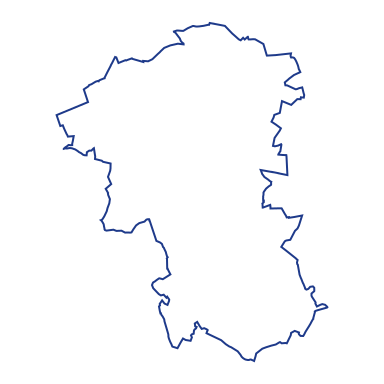 Bēnes pag., Auces, Latvia, rotated 180°
{"feature_id": "27541924B36472446612292", "entity_name": "Bēnes pag.", "entity_type": "district", "adm_level": 2, "iso_a3": "LVA", "parent_name": "Latvia", "parent_adm1": "Auces", "projection": "albers", "projection_center": [23.066, 56.462], "detail": "fine", "context": "isolated", "style": "outline", "palette": "blue", "viewbox_px": 384, "rotation_deg": 180, "n_neighbors": 0, "source": "geoboundaries", "source_scale": "gbopen_adm2", "svg_char_len": 5695}
<svg xmlns="http://www.w3.org/2000/svg" viewBox="0 0 384 384"><g transform="rotate(180 192 192)"><path d="M70.7,65.1L70.7,65.9L68.9,72.6L69.0,72.7L68.5,73.1L66.0,73.9L57.0,76.4L56.6,76.8L56.7,77.0L56.8,77.2L58.9,79.2L61.7,79.9L63.6,79.2L67.1,77.5L68.6,80.4L68.5,80.9L68.4,81.6L72.1,87.3L72.5,88.3L72.5,90.1L72.5,90.5L69.8,92.8L69.7,93.8L69.8,96.3L71.1,97.6L72.4,97.4L73.8,97.2L75.4,95.4L76.1,94.9L77.6,94.4L77.8,94.5L78.8,95.3L78.7,95.5L80.7,100.4L81.1,101.0L82.9,105.6L83.2,106.1L84.2,108.8L84.4,109.2L86.2,119.3L86.7,119.8L87.0,121.3L87.0,121.6L86.4,124.0L88.0,125.4L88.1,125.6L97.9,133.4L102.7,137.1L99.2,142.7L97.8,143.5L93.7,144.2L89.0,153.2L86.5,155.5L85.1,158.4L81.9,168.5L89.7,167.0L95.1,166.2L95.1,166.9L97.3,166.6L97.6,167.4L98.4,168.9L99.2,170.1L102.2,175.4L102.4,175.7L103.8,175.7L113.5,175.5L113.6,178.0L113.8,179.1L121.1,176.4L121.3,176.4L121.5,180.2L121.6,180.5L120.2,181.8L120.2,183.3L120.8,183.2L120.9,185.6L120.8,186.3L120.9,187.2L120.5,189.4L120.5,191.5L120.0,192.4L117.9,195.4L115.3,197.6L113.0,199.1L112.9,199.3L112.9,201.5L113.0,201.9L112.8,202.2L114.2,203.0L115.7,204.3L119.6,207.0L121.1,209.1L121.7,209.8L122.7,212.5L123.3,214.0L111.6,211.9L111.6,212.0L105.5,210.8L105.5,210.7L96.6,208.9L96.6,209.0L97.5,227.5L97.7,228.9L97.9,228.9L101.2,229.0L105.7,229.4L105.7,229.6L104.2,232.1L103.7,232.6L102.6,239.3L102.9,239.8L105.9,238.4L109.1,237.7L111.0,238.1L110.5,240.7L109.4,246.1L104.2,253.5L103.1,255.7L107.7,259.1L107.8,259.2L112.5,262.3L110.4,266.5L110.1,267.6L109.7,269.1L104.2,271.1L102.0,282.9L92.8,279.1L86.7,284.9L83.4,284.8L83.1,286.7L80.2,286.4L79.8,289.0L80.4,290.9L80.9,293.0L81.8,296.6L85.0,295.8L86.9,295.0L88.2,294.7L88.6,294.8L96.8,298.6L98.6,298.7L99.2,301.6L96.2,304.1L94.8,305.4L90.0,309.0L83.7,311.9L84.7,314.1L85.1,314.6L85.2,315.1L85.4,315.7L85.4,315.9L85.8,317.6L86.4,319.4L87.7,322.5L88.8,324.6L89.9,326.1L90.9,326.5L91.6,326.6L92.9,326.5L93.1,326.9L93.4,328.0L93.4,328.6L93.0,330.6L108.4,328.9L117.1,328.4L117.3,328.9L120.6,340.0L128.9,344.7L131.0,344.8L133.4,344.6L135.4,344.6L135.9,345.7L135.9,346.3L136.1,347.2L136.3,347.2L139.3,344.5L140.9,346.2L143.3,343.7L144.8,344.4L145.5,344.9L148.5,347.6L151.8,350.5L159.1,358.1L165.2,359.3L174.3,361.0L174.9,359.2L175.8,359.2L180.3,358.2L184.7,357.6L186.2,357.5L188.1,357.5L190.4,358.0L191.2,358.0L196.2,355.8L200.2,353.4L200.8,353.1L201.5,353.1L206.4,353.5L207.0,353.5L210.1,352.5L210.0,352.1L208.7,351.4L208.4,351.1L205.6,347.4L204.2,345.6L204.0,345.1L203.4,343.5L203.1,342.9L202.6,342.3L202.1,341.7L200.8,340.7L200.5,340.5L200.4,340.0L200.4,339.6L206.1,340.3L213.7,338.6L219.8,336.1L223.3,332.8L224.2,331.8L226.2,330.0L231.6,324.8L235.9,322.7L240.8,323.1L240.7,322.0L252.5,325.4L252.5,325.5L256.7,324.0L257.9,323.5L258.6,323.8L262.6,322.2L265.5,321.0L267.7,326.6L268.0,326.6L268.9,327.0L271.9,321.0L273.2,318.7L273.2,318.4L276.7,311.7L279.3,306.5L279.6,306.0L279.5,305.7L280.3,305.5L284.5,303.8L285.0,303.4L285.2,303.1L285.3,302.7L285.5,302.7L285.7,302.9L286.2,303.0L288.2,302.4L289.4,301.7L292.5,299.8L294.9,298.9L295.0,298.8L295.5,297.8L295.6,297.7L299.8,294.9L300.2,294.6L296.0,281.9L327.4,268.9L323.7,258.0L321.2,258.7L319.9,255.4L317.4,250.0L316.7,248.9L316.1,247.4L310.3,247.9L311.2,242.9L311.8,240.3L311.8,238.9L313.6,238.8L314.9,239.0L315.6,238.7L315.7,238.8L317.3,237.5L318.5,236.8L320.2,235.3L320.2,235.2L318.8,235.6L318.1,235.6L317.1,235.5L314.1,236.0L312.0,235.7L311.1,235.4L310.4,235.1L309.1,234.7L308.5,234.4L306.2,232.9L305.0,231.9L303.0,230.9L300.8,229.2L299.6,228.8L298.3,228.7L297.4,228.7L297.1,231.8L294.7,233.4L292.6,233.4L290.7,235.4L290.1,235.8L288.8,227.6L289.0,225.0L282.2,223.3L281.0,222.2L273.4,220.5L273.5,215.6L273.8,213.3L276.0,207.1L272.8,199.9L278.3,195.2L275.9,191.0L276.1,190.6L275.8,189.0L274.1,184.9L274.7,180.7L276.6,175.6L276.6,175.4L277.3,172.7L279.6,167.9L280.3,166.7L281.6,164.7L282.5,164.0L283.1,163.8L282.3,163.1L281.3,161.5L280.4,159.9L280.2,159.1L280.0,157.6L279.5,155.5L279.5,154.8L279.1,154.0L278.7,153.8L277.6,153.4L276.6,153.5L270.6,154.3L267.6,153.1L262.5,153.3L258.9,151.4L257.1,151.5L253.6,151.4L252.5,151.6L250.7,154.6L247.9,158.6L244.7,160.9L239.5,162.4L237.7,164.3L236.7,164.7L235.0,164.8L234.7,163.7L234.5,163.8L227.6,143.1L223.9,141.5L222.1,140.1L220.9,136.9L220.5,136.6L220.0,136.0L219.9,135.6L219.6,134.9L218.2,132.0L217.7,130.0L216.9,127.4L216.3,126.8L217.2,125.6L217.0,125.2L216.8,115.4L216.4,115.4L215.8,113.9L213.6,109.6L221.2,104.8L224.6,105.7L224.8,105.7L227.3,104.0L229.2,102.5L230.8,101.6L231.1,101.2L231.9,99.2L232.0,98.9L230.9,96.1L230.8,95.8L225.2,89.9L223.1,88.6L220.3,89.3L217.6,86.3L216.8,87.3L215.6,85.6L214.8,84.5L214.8,84.3L214.9,83.7L214.9,83.2L216.5,79.1L219.4,80.4L220.0,81.1L221.9,83.6L224.3,80.1L224.0,78.6L225.0,77.6L224.2,73.1L223.6,70.7L223.2,70.8L222.5,69.0L221.4,67.6L219.8,64.7L219.5,62.6L217.5,55.9L215.7,49.7L215.6,48.5L215.6,47.4L215.1,45.5L213.8,42.2L212.4,39.4L212.1,38.4L211.6,37.4L206.5,35.8L203.5,41.3L201.0,45.5L198.3,44.0L193.4,43.2L192.1,46.7L193.0,48.6L192.3,49.6L190.3,50.3L190.3,51.0L190.0,53.5L189.5,54.4L187.9,55.7L187.4,57.1L188.8,57.6L189.2,60.5L186.8,62.1L184.4,58.0L182.3,55.1L179.8,55.8L177.3,54.7L176.3,53.9L177.0,52.3L177.5,50.8L162.8,43.8L158.2,39.8L154.7,37.5L152.9,36.8L146.3,32.7L143.5,29.2L142.7,27.8L142.4,27.3L141.2,26.1L139.9,25.2L138.8,24.6L138.2,24.4L136.2,24.0L135.1,24.0L133.8,24.5L133.1,24.5L129.9,23.0L128.5,27.5L127.8,30.5L121.7,35.3L118.0,36.7L112.6,38.4L108.2,39.5L104.9,41.5L104.0,41.9L102.3,40.7L98.6,41.0L97.2,40.7L96.1,42.9L95.2,44.8L93.3,48.6L93.1,49.7L92.9,51.1L89.3,53.1L85.0,51.5L85.3,50.4L85.0,49.7L83.5,48.1L80.8,48.0L79.9,49.4L78.4,52.4L74.8,58.1L74.7,58.3L73.5,60.3L72.9,61.5L72.3,62.6L71.0,64.9L70.7,65.1Z" fill="none" stroke="#1e3a8a" stroke-width="2"/></g></svg>